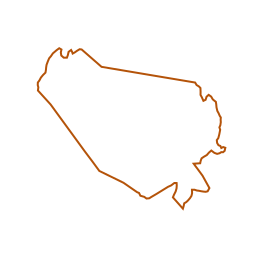 outline of Bom Jesus da Serra, Bahia, Brazil, rotated 196°
{"feature_id": "56859067B84581082225052", "entity_name": "Bom Jesus da Serra", "entity_type": "district", "adm_level": 2, "iso_a3": "BRA", "parent_name": "Brazil", "parent_adm1": "Bahia", "projection": "equal_earth", "projection_center": [-40.617, -14.382], "detail": "fine", "context": "isolated", "style": "outline", "palette": "amber", "viewbox_px": 256, "rotation_deg": 196, "n_neighbors": 0, "source": "geoboundaries", "source_scale": "gbopen_adm2", "svg_char_len": 1564}
<svg xmlns="http://www.w3.org/2000/svg" viewBox="0 0 256 256"><g transform="rotate(196 128 128)"><path d="M76.0,190.2L117.3,185.5L170.3,179.5L194.2,190.7L196.2,190.4L198.4,188.0L200.0,186.0L201.7,184.3L202.9,186.0L204.2,187.3L206.1,184.8L205.9,181.5L206.1,178.8L209.2,177.9L212.1,179.3L213.4,182.1L213.6,185.1L216.1,185.7L218.1,183.1L220.8,179.0L221.9,175.7L223.0,173.3L223.4,170.1L223.7,166.3L223.4,163.8L222.9,161.2L222.6,158.5L224.3,155.5L225.6,152.5L226.3,149.2L227.2,146.9L226.6,144.4L225.4,142.4L224.9,139.2L208.9,129.3L196.7,119.8L163.2,93.7L153.0,86.0L143.7,78.8L117.2,74.1L101.5,68.8L99.5,68.6L97.4,66.3L95.5,66.3L93.4,66.3L90.8,65.3L88.2,66.3L86.8,67.9L82.5,72.4L73.3,82.5L70.7,84.7L68.3,87.9L66.1,88.5L65.3,86.2L64.7,83.3L64.7,80.1L65.4,76.5L65.7,73.7L53.0,65.6L53.0,68.3L53.2,71.1L51.6,72.8L50.5,74.6L49.1,77.6L48.3,80.2L48.4,83.0L49.5,86.3L47.1,87.0L44.5,86.9L42.6,87.2L40.1,87.4L37.8,87.7L35.7,88.1L34.0,89.1L33.2,92.7L43.2,102.7L50.7,108.5L52.2,109.6L55.0,111.8L48.9,114.0L49.1,116.5L48.9,119.1L47.2,121.2L44.8,123.7L43.4,126.7L41.7,129.3L38.1,127.9L35.2,127.7L33.0,129.0L31.7,130.5L30.0,130.9L28.8,132.7L29.0,135.8L31.3,135.9L32.8,134.5L34.3,136.2L36.3,136.4L38.2,138.2L39.3,140.8L38.4,143.2L38.5,147.0L38.9,151.7L40.3,153.8L40.0,156.1L40.4,159.2L41.2,161.4L41.7,163.7L43.2,165.0L45.0,167.2L46.8,169.0L48.6,172.2L49.8,175.3L50.8,177.4L52.6,178.1L54.4,178.9L56.7,181.1L59.6,182.1L61.1,179.7L61.2,176.5L63.0,174.9L65.5,177.9L67.4,179.8L68.2,182.8L69.4,186.4L71.3,187.5L73.9,188.2L76.0,190.2Z" fill="none" stroke="#b45309" stroke-width="2"/></g></svg>